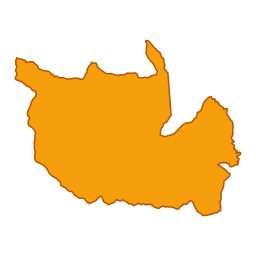 Iruya, Salta, Argentina
{"feature_id": "61730980B58435423783603", "entity_name": "Iruya", "entity_type": "district", "adm_level": 2, "iso_a3": "ARG", "parent_name": "Argentina", "parent_adm1": "Salta", "projection": "orthographic", "projection_center": [-64.795, -22.777], "detail": "fine", "context": "isolated", "style": "filled", "palette": "amber", "viewbox_px": 256, "rotation_deg": 0, "n_neighbors": 0, "source": "geoboundaries", "source_scale": "gbopen_adm2", "svg_char_len": 5798}
<svg xmlns="http://www.w3.org/2000/svg" viewBox="0 0 256 256"><path d="M215.1,99.4L214.5,98.9L212.5,99.2L212.0,98.5L211.5,96.9L211.2,96.6L208.5,97.3L207.7,98.4L205.4,100.4L203.5,103.1L201.2,110.1L199.1,111.9L197.5,112.4L197.1,112.9L197.3,114.0L197.2,114.9L196.2,117.2L194.5,118.6L193.1,120.5L191.4,122.3L190.2,122.6L189.6,122.3L188.2,123.4L186.8,122.8L185.3,123.2L182.0,125.5L176.3,131.6L173.8,133.8L169.6,135.3L164.7,136.7L160.1,134.8L160.5,133.3L160.3,132.4L160.6,130.8L161.4,128.1L162.8,126.5L163.9,123.5L164.6,122.8L165.4,122.5L166.3,122.4L167.6,120.8L169.3,117.5L171.1,115.6L167.9,72.9L166.5,71.7L165.9,70.3L164.4,68.8L164.2,68.2L164.3,66.5L164.9,65.5L164.0,61.7L163.9,59.8L163.2,58.3L161.3,56.5L160.9,55.1L160.5,54.6L160.4,53.2L158.9,51.6L156.8,50.6L156.2,49.2L155.5,48.5L154.5,48.0L152.7,46.0L152.5,45.2L151.3,44.3L149.8,42.0L148.0,40.7L146.4,40.5L145.7,40.7L145.5,41.3L146.0,42.5L146.8,43.2L146.8,45.6L146.3,48.2L146.5,51.2L146.0,52.7L146.3,54.1L148.1,57.7L149.4,59.1L150.8,61.6L152.3,62.7L153.3,63.8L153.4,64.5L154.6,66.1L156.0,69.5L157.3,71.1L156.7,73.6L155.8,74.8L151.7,75.6L148.5,77.5L147.6,77.8L144.7,77.2L142.2,78.1L139.4,77.8L138.0,76.8L137.3,75.2L137.3,74.5L137.0,73.9L135.2,72.9L134.5,73.1L132.6,73.0L131.5,73.4L127.8,73.0L126.0,73.6L124.7,74.6L119.0,75.0L118.5,75.2L116.9,75.2L114.5,74.7L110.6,73.4L109.7,73.7L106.7,73.6L106.0,73.4L104.1,72.2L103.7,71.8L102.4,71.2L101.5,70.4L99.5,69.2L98.4,67.5L97.0,66.0L96.9,64.5L95.9,63.1L94.0,63.0L93.0,63.2L91.8,62.3L91.2,62.7L91.0,64.1L90.4,64.9L88.8,66.1L88.7,66.9L87.5,68.7L86.9,70.9L87.0,71.9L86.6,73.2L86.2,73.3L83.3,78.8L80.2,79.3L79.4,78.7L77.9,78.5L76.6,78.0L75.7,78.0L67.5,79.3L63.4,77.7L61.8,77.6L60.8,77.8L59.1,77.7L58.3,77.0L57.6,76.9L56.7,76.1L55.8,76.2L55.3,76.6L54.7,76.6L54.1,76.3L53.8,75.4L52.5,74.3L51.7,74.5L51.1,74.2L50.1,72.4L48.6,71.4L47.5,71.0L46.1,71.1L43.0,70.5L41.2,69.5L39.3,69.0L38.5,68.3L38.1,67.5L38.0,66.8L37.4,65.6L36.7,65.4L34.5,63.1L32.5,61.6L31.5,61.8L30.7,62.2L29.9,61.5L27.9,62.4L26.8,61.9L25.8,62.4L25.6,62.2L25.6,60.7L24.8,60.1L23.6,60.3L22.8,59.6L16.7,58.0L16.5,58.9L15.4,61.2L16.0,62.0L16.1,62.5L15.7,64.2L16.8,65.8L15.6,71.0L16.7,72.8L17.0,73.7L16.9,74.5L16.1,76.0L15.4,78.0L15.4,78.9L15.8,79.6L21.7,81.8L27.3,86.4L29.2,86.8L30.3,87.4L32.0,89.9L35.0,91.6L35.8,91.5L36.0,91.8L36.1,94.8L35.4,96.5L34.7,97.6L32.8,99.4L31.0,103.0L30.4,105.7L27.6,111.8L27.4,113.6L27.7,115.9L28.8,116.3L29.6,118.0L28.3,120.8L28.1,123.4L28.3,124.7L29.5,125.9L32.7,128.1L35.5,131.9L34.9,136.4L35.1,137.1L34.9,139.6L34.2,142.4L34.5,144.4L34.3,147.9L34.4,148.7L34.9,150.2L35.2,153.4L35.3,154.0L34.6,155.8L34.6,157.3L35.0,159.6L35.4,160.6L36.3,161.5L37.7,162.4L43.1,164.8L44.4,166.2L45.3,166.7L47.6,170.0L49.8,174.2L54.1,177.3L56.3,178.2L58.5,180.7L60.2,181.8L60.5,182.4L60.6,184.8L61.1,185.7L62.3,186.2L63.5,187.1L65.0,187.6L65.9,188.2L67.0,189.6L69.8,191.6L71.9,191.5L72.8,192.2L73.4,193.8L75.1,195.6L76.4,196.2L78.0,197.4L79.3,198.1L82.5,198.1L84.5,198.9L85.3,199.7L86.7,201.9L87.7,202.6L88.7,202.8L89.3,203.7L91.6,202.5L92.2,202.5L93.4,201.7L94.5,201.4L96.1,200.3L98.2,198.0L100.5,196.4L101.0,196.3L101.6,196.5L102.0,197.1L102.0,197.8L102.8,199.9L104.0,202.1L108.6,204.5L109.4,204.6L112.4,202.9L113.9,202.7L114.6,202.3L115.4,200.6L116.7,199.8L117.3,199.7L118.1,200.4L120.1,201.0L121.7,200.7L122.1,200.0L122.5,199.9L123.4,200.2L125.7,201.7L127.5,202.2L128.2,203.7L128.5,203.9L129.9,203.6L131.4,204.1L132.4,204.5L133.3,205.6L134.4,205.5L138.6,203.3L139.7,203.8L140.1,204.6L141.1,204.4L141.9,204.6L143.1,203.8L143.5,203.8L144.6,204.1L145.8,204.9L146.4,204.6L147.5,204.7L148.1,203.9L150.5,204.5L150.8,204.9L152.1,204.9L153.5,206.6L155.2,207.5L158.0,208.3L158.6,208.4L160.0,207.7L161.9,206.4L163.5,206.3L164.6,206.9L166.3,206.9L166.6,206.6L167.1,206.6L168.4,207.0L171.3,206.9L173.1,207.6L174.2,207.7L176.1,209.0L177.1,209.1L179.0,208.7L179.8,207.0L182.4,205.5L183.5,204.1L186.8,204.2L187.1,203.8L187.5,203.7L187.8,202.6L189.7,201.6L189.9,201.0L190.3,200.6L192.0,201.2L193.2,202.9L194.6,206.5L196.5,209.7L196.9,211.0L198.9,212.5L200.3,213.2L202.8,215.4L205.8,215.5L206.7,215.2L208.0,215.1L209.8,214.5L211.1,214.5L211.9,213.9L212.7,213.9L215.3,212.8L216.4,213.0L219.7,210.8L220.5,210.8L220.5,208.3L220.3,207.7L221.1,206.7L219.9,204.7L220.3,203.8L220.1,203.0L219.7,202.9L219.6,202.6L219.9,201.7L220.3,201.4L220.1,200.7L220.6,200.5L220.6,199.9L221.1,199.1L221.1,195.4L220.8,193.8L221.2,193.3L220.8,192.6L222.1,190.1L223.6,186.4L224.0,181.3L224.5,180.5L226.6,179.0L229.7,175.7L230.0,173.9L227.3,172.0L225.3,169.7L223.9,168.7L221.4,167.1L220.9,166.5L217.9,164.8L219.0,164.2L219.6,163.3L220.1,163.1L221.6,162.9L221.9,162.6L223.1,162.8L223.7,162.5L224.4,162.9L225.2,162.3L226.0,162.8L226.6,162.7L226.8,163.4L228.3,163.7L229.0,164.1L229.3,164.5L229.6,166.1L230.1,166.7L232.0,166.7L233.7,165.9L234.7,165.1L236.8,164.8L237.6,165.0L237.8,163.7L238.3,162.4L237.1,162.0L237.0,161.7L238.5,160.8L239.0,159.9L239.1,159.0L238.4,158.3L236.9,157.4L236.8,156.7L237.1,156.3L239.5,155.3L240.6,154.0L240.3,152.7L239.6,152.2L239.2,152.2L237.9,153.3L236.2,153.1L236.1,152.7L237.2,151.8L237.2,151.0L237.0,150.8L236.1,150.8L235.4,149.5L234.5,149.4L233.9,148.9L233.9,148.7L234.3,148.3L234.4,147.7L234.1,147.1L234.4,146.3L234.1,145.1L233.6,144.6L232.4,144.1L231.9,143.3L231.9,142.7L233.6,142.2L234.1,141.6L234.0,141.2L233.0,140.7L231.5,138.5L231.4,137.2L232.3,136.2L232.2,135.3L232.8,134.5L232.7,133.8L233.0,132.6L232.7,132.2L232.9,128.8L232.6,127.9L233.1,126.7L232.7,125.1L233.1,124.1L231.9,121.2L230.2,119.2L230.0,118.7L229.6,118.5L229.1,117.3L227.0,114.6L226.5,111.7L227.2,110.8L227.5,109.8L227.4,109.4L226.8,108.7L226.1,108.4L224.6,109.3L223.9,109.3L223.7,108.2L223.3,107.6L220.4,105.7L219.3,104.7L218.6,102.7L217.7,102.3L216.9,101.4L216.5,101.2L215.8,101.7L215.0,101.4L214.8,100.5L215.1,99.4Z" fill="#f59e0b" stroke="#b45309" stroke-width="1.5"/></svg>